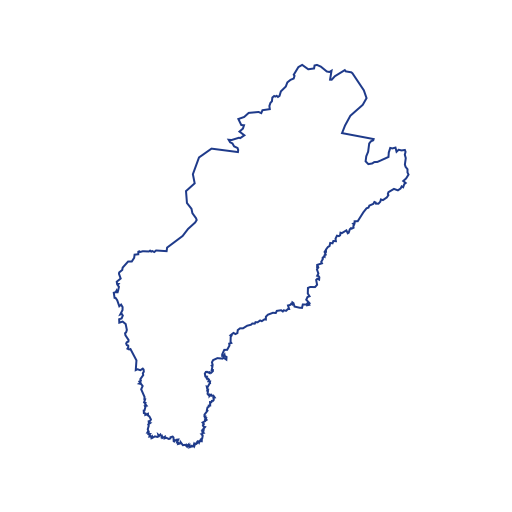 the district of Asante Akim South, Ashanti, Ghana, rotated 13°
{"feature_id": "2480657B39079904074923", "entity_name": "Asante Akim South", "entity_type": "district", "adm_level": 2, "iso_a3": "GHA", "parent_name": "Ghana", "parent_adm1": "Ashanti", "projection": "robinson", "projection_center": [-1.081, 6.462], "detail": "fine", "context": "isolated", "style": "outline", "palette": "blue", "viewbox_px": 512, "rotation_deg": 13, "n_neighbors": 0, "source": "geoboundaries", "source_scale": "gbopen_adm2", "svg_char_len": 6131}
<svg xmlns="http://www.w3.org/2000/svg" viewBox="0 0 512 512"><g transform="rotate(13 256 256)"><path d="M344.3,115.6L312.2,116.9L313.4,108.8L316.4,98.1L326.0,84.7L328.2,77.3L323.8,70.3L308.9,56.3L307.6,55.6L301.9,55.9L300.7,54.9L292.4,63.1L290.1,67.2L288.5,67.5L287.9,58.5L286.1,60.2L283.5,60.3L276.6,56.9L272.4,56.1L270.2,57.2L270.4,60.2L264.9,62.3L258.0,59.4L254.8,62.4L252.0,70.9L253.0,71.8L252.8,74.6L250.0,76.6L247.5,79.8L246.9,84.2L243.2,90.0L242.9,94.7L241.6,96.1L240.1,95.3L238.9,96.3L237.7,96.0L236.3,97.9L236.7,101.7L235.6,103.6L235.3,106.8L236.4,109.8L229.5,112.5L229.0,115.6L226.1,115.1L216.7,118.2L213.2,123.2L208.0,126.5L212.2,131.7L214.9,131.3L214.6,134.8L211.9,138.5L217.5,141.0L214.1,144.7L212.8,144.6L206.1,148.5L203.2,148.9L205.2,151.0L207.7,151.6L210.0,154.1L213.7,154.9L214.8,156.7L215.0,158.8L188.5,161.4L178.3,172.8L176.1,190.5L179.9,199.0L173.2,208.5L176.8,219.9L182.5,224.5L184.4,228.6L189.1,232.7L190.1,234.3L189.2,237.0L183.7,244.9L180.0,253.0L167.5,267.8L167.8,271.4L157.4,273.1L156.0,275.0L153.7,274.5L152.9,275.3L151.6,274.6L150.6,275.7L144.7,276.8L142.1,278.2L141.2,277.7L140.4,278.3L140.9,280.8L137.4,282.0L137.7,285.2L136.2,289.3L132.6,290.2L128.7,297.3L128.8,299.7L126.4,302.8L126.5,304.2L129.2,308.4L126.1,312.4L126.9,314.4L128.3,314.2L127.7,315.4L129.4,316.9L129.4,320.9L129.3,322.5L128.4,322.7L127.8,321.4L127.4,322.8L125.7,323.8L127.6,328.6L128.7,328.5L130.7,330.3L134.1,335.7L135.5,333.7L137.5,335.8L138.1,338.7L136.9,343.5L138.2,342.6L139.6,344.0L139.1,347.1L136.9,348.4L137.8,351.7L140.8,349.9L144.3,351.6L146.8,357.1L146.6,359.6L145.8,360.7L146.6,362.6L150.7,366.5L150.9,368.1L149.5,369.1L149.2,370.5L150.2,371.9L151.6,372.0L152.1,373.6L151.6,375.2L153.4,375.6L154.6,374.9L163.0,384.6L164.5,394.2L166.0,393.0L169.0,393.3L171.0,391.2L172.0,391.9L172.7,394.0L172.1,395.7L172.9,397.4L171.0,402.0L171.9,403.4L170.6,404.5L171.9,405.5L170.9,406.6L172.9,406.6L174.8,408.2L174.1,411.7L179.1,418.4L179.4,420.5L180.2,420.5L179.9,423.8L181.4,424.0L181.2,425.1L183.0,426.5L181.5,427.2L182.2,428.1L182.1,431.6L181.4,431.9L182.1,434.3L183.6,434.3L183.9,435.7L186.2,434.0L186.5,435.0L185.5,435.2L188.2,436.3L190.4,438.9L190.0,440.4L188.6,441.2L189.1,442.6L190.4,442.6L188.9,444.4L189.7,445.6L189.5,449.2L190.4,450.6L189.9,452.4L191.1,452.0L191.1,453.4L192.3,453.3L191.7,454.0L193.1,454.5L192.8,455.9L194.4,455.4L194.9,456.5L195.4,455.4L195.9,456.5L198.1,454.5L200.6,454.5L201.7,453.7L201.0,452.2L202.2,452.9L203.0,451.4L204.7,453.1L205.0,455.0L205.3,453.5L205.7,454.3L207.8,452.6L208.0,454.2L209.4,453.3L212.3,453.9L213.6,453.0L213.5,451.8L215.4,450.7L216.4,451.4L217.5,455.0L218.1,455.1L218.3,453.7L219.9,453.8L219.9,452.9L221.5,452.3L221.0,455.6L222.4,455.6L222.4,456.7L224.7,455.5L224.5,454.4L227.3,456.8L229.5,455.9L231.4,457.1L231.3,455.8L232.0,456.2L232.5,455.3L232.7,456.3L233.7,455.2L234.1,457.1L234.8,456.2L235.4,456.6L236.5,454.7L236.2,456.0L237.7,455.7L237.9,453.6L238.7,454.8L239.0,452.4L240.0,452.6L241.0,451.4L240.4,450.7L240.9,449.6L242.0,449.5L242.6,450.4L242.9,448.9L244.8,448.7L244.6,447.6L243.9,448.0L243.4,447.2L244.6,445.8L244.5,443.1L243.1,442.0L243.8,441.8L243.6,440.5L244.7,440.1L243.1,438.8L244.2,438.2L244.1,437.1L243.2,437.1L244.8,434.1L243.1,433.9L242.3,432.8L243.0,431.5L241.4,430.3L243.5,428.4L243.3,427.8L244.2,427.3L243.5,426.7L244.2,426.4L243.4,425.8L243.8,425.0L242.6,424.7L242.8,423.7L241.8,423.7L241.5,422.1L243.5,417.7L242.8,417.4L242.8,414.5L243.9,413.4L243.6,412.4L245.0,412.0L244.1,408.7L245.4,408.5L245.6,407.1L246.8,406.7L247.2,405.6L246.4,403.8L247.6,403.2L245.8,401.6L244.6,402.2L243.6,401.3L242.9,402.2L243.0,401.5L241.8,401.4L241.5,402.5L239.8,401.2L239.6,398.3L238.8,398.2L239.3,396.7L238.4,396.5L237.4,394.3L238.4,394.4L239.5,390.5L240.5,389.8L239.5,390.0L239.5,388.5L237.8,388.8L238.0,387.0L236.6,386.2L236.0,386.8L234.9,385.6L235.2,384.6L233.7,384.7L232.6,382.1L233.2,380.3L234.3,380.2L233.6,379.7L237.1,380.5L237.0,379.7L238.6,379.9L239.9,377.8L239.6,376.8L238.5,377.1L238.4,373.5L237.5,372.8L238.3,371.9L237.0,369.5L237.6,367.1L241.4,364.2L246.5,363.5L247.1,362.3L250.4,363.6L250.0,361.0L248.0,360.4L247.5,359.2L246.9,360.6L245.5,360.9L245.2,359.5L246.2,354.6L249.0,353.9L250.3,349.2L249.6,347.4L251.5,346.3L250.5,345.3L249.5,340.3L250.0,339.3L249.0,339.0L251.4,336.0L253.5,336.7L255.2,335.3L254.9,332.3L256.7,330.1L259.6,329.4L263.1,325.9L266.6,324.1L267.6,322.6L270.0,322.2L270.4,320.6L272.4,320.3L274.5,317.9L276.3,318.2L278.5,315.8L279.9,315.7L279.3,312.9L280.8,310.5L285.3,307.5L288.1,307.1L288.6,304.8L292.7,303.2L294.6,304.0L295.2,302.7L297.7,302.6L298.9,300.6L300.2,300.2L298.3,297.0L300.3,296.0L301.0,294.6L302.0,295.0L301.9,293.0L303.1,293.5L304.9,296.6L310.0,296.6L312.5,296.2L312.5,292.7L316.0,292.0L316.5,291.0L316.9,292.5L318.9,291.6L318.2,290.8L318.8,290.0L314.8,287.3L315.4,284.4L317.2,283.2L314.9,280.9L313.8,275.4L315.8,274.0L320.5,273.0L322.0,270.3L320.0,265.8L320.9,264.3L322.8,264.8L322.5,262.5L321.4,261.5L320.1,261.5L320.7,259.0L318.4,255.4L319.3,253.1L318.7,252.3L318.0,252.8L317.6,250.9L321.9,248.3L320.9,247.1L321.8,243.8L321.3,243.0L322.3,241.1L323.0,241.3L322.7,239.6L323.6,239.0L321.9,236.6L322.4,235.3L323.1,235.6L322.7,234.1L324.0,231.1L325.4,229.8L325.4,226.6L327.7,226.4L328.0,224.0L330.5,223.6L329.6,221.3L330.3,218.0L332.3,218.0L333.3,216.9L333.1,214.3L334.5,214.4L338.3,210.7L340.3,213.2L341.1,212.4L341.4,208.9L342.3,207.5L343.0,207.9L344.7,206.5L344.1,204.9L344.6,203.4L343.4,202.7L344.7,201.7L344.3,200.0L347.3,199.2L350.8,189.2L353.0,184.6L354.7,183.6L355.1,181.4L358.6,178.8L359.2,176.7L360.6,177.0L361.1,178.0L363.5,177.5L364.9,175.1L365.0,172.8L367.1,173.0L370.3,169.5L371.3,166.9L370.5,165.9L370.7,164.0L375.3,159.6L379.5,160.1L381.7,157.7L382.3,155.4L383.9,155.9L384.3,152.6L385.4,151.2L382.6,149.8L384.8,146.7L386.3,142.4L384.8,140.5L384.1,137.4L381.7,135.5L380.5,133.4L379.9,126.9L378.2,123.8L378.3,120.9L377.2,119.2L374.1,120.4L371.1,120.4L369.5,122.8L367.5,119.0L364.7,120.5L362.5,120.5L362.1,125.3L362.8,129.7L353.2,137.0L350.1,137.9L348.4,139.7L344.8,141.2L341.5,139.1L341.0,134.0L341.8,129.2L341.0,120.9L342.2,118.4L344.2,116.9L344.3,115.6Z" fill="none" stroke="#1e3a8a" stroke-width="2"/></g></svg>